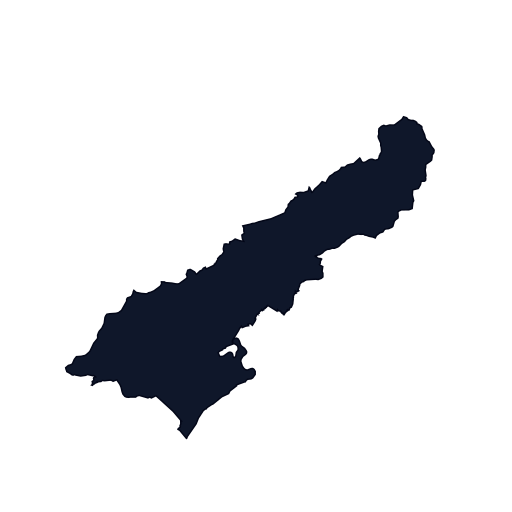 Comana, Brasov, Romania, rotated 298°
{"feature_id": "2599482B70960517450841", "entity_name": "Comana", "entity_type": "district", "adm_level": 2, "iso_a3": "ROU", "parent_name": "Romania", "parent_adm1": "Brasov", "projection": "orthographic", "projection_center": [25.274, 45.907], "detail": "fine", "context": "isolated", "style": "filled", "palette": "ink", "viewbox_px": 512, "rotation_deg": 298, "n_neighbors": 0, "source": "geoboundaries", "source_scale": "gbopen_adm2", "svg_char_len": 6090}
<svg xmlns="http://www.w3.org/2000/svg" viewBox="0 0 512 512"><g transform="rotate(298 256 256)"><path d="M139.9,305.6L141.5,305.7L143.2,306.4L145.2,309.3L146.8,310.3L151.0,310.9L153.7,309.5L154.9,307.6L155.1,306.5L155.0,305.6L154.2,304.5L151.1,301.8L150.7,299.9L151.0,298.2L152.3,295.6L155.7,292.1L157.6,291.3L161.2,291.5L164.2,292.9L165.5,293.2L166.9,292.8L167.8,291.7L169.1,289.2L169.6,285.6L170.1,284.4L173.1,281.2L174.4,279.2L174.4,277.5L173.2,275.9L171.8,275.2L169.9,275.3L169.1,275.9L168.4,276.9L168.3,280.5L168.0,281.6L167.7,282.3L166.3,283.5L164.5,284.3L161.7,283.9L158.0,285.2L156.1,284.6L155.9,284.0L156.3,283.1L158.4,281.4L159.1,280.1L159.1,278.9L158.7,277.9L157.8,277.0L152.7,274.5L151.6,273.5L150.3,271.1L152.9,267.9L154.8,268.5L157.5,270.5L158.6,270.4L160.3,272.2L162.1,272.2L167.6,277.1L169.0,275.3L171.4,274.7L172.7,275.0L182.0,275.6L184.0,275.5L187.2,276.0L186.3,277.4L189.2,279.8L191.0,282.2L191.9,280.9L193.7,282.9L193.1,285.3L198.4,285.7L200.3,285.4L200.5,284.4L204.5,284.3L205.2,284.4L205.3,285.0L205.6,284.5L206.5,284.9L207.0,285.6L207.5,285.1L210.0,285.8L210.7,286.5L211.0,286.4L210.8,286.8L211.1,287.0L211.0,287.3L211.9,287.3L212.0,288.1L213.6,287.9L213.9,288.6L215.0,288.9L215.1,288.6L215.6,289.2L216.7,289.0L216.8,289.5L217.9,289.7L217.2,300.5L218.7,300.3L218.3,301.0L218.3,302.1L219.0,303.6L218.3,304.3L217.7,305.8L218.2,306.6L217.2,307.5L217.2,308.1L217.8,307.9L217.9,308.4L218.2,308.4L218.3,307.9L218.7,307.8L219.6,308.6L221.5,308.9L222.0,309.4L222.8,309.4L222.8,308.9L223.1,308.8L223.5,308.9L223.8,309.6L223.5,310.0L223.9,310.1L223.9,310.5L226.3,310.3L227.4,311.2L230.9,310.9L235.7,309.0L236.2,308.4L236.9,308.5L238.2,307.8L240.8,307.7L241.6,308.6L241.7,307.5L242.0,308.2L242.8,308.5L242.4,307.7L243.6,307.2L243.3,308.2L243.4,308.8L245.4,310.1L245.6,309.3L246.7,308.8L250.3,308.4L252.0,307.8L254.5,308.7L255.9,310.1L257.3,310.4L257.8,311.2L258.6,311.6L263.6,319.7L264.4,321.9L266.9,324.1L268.9,324.9L272.2,323.1L273.4,321.6L278.0,319.9L277.9,317.2L278.3,316.0L279.9,316.1L281.5,315.3L284.1,315.4L284.2,314.6L283.3,312.4L283.2,311.3L283.5,308.4L283.9,308.2L284.5,308.8L284.7,309.6L285.5,309.7L287.0,311.5L289.9,313.2L292.5,314.0L295.2,315.7L296.7,317.9L298.6,319.5L299.7,321.7L302.4,324.0L303.8,324.7L307.4,325.7L310.2,327.3L313.2,328.0L316.2,329.9L317.9,330.5L320.2,332.3L323.2,335.6L324.4,338.5L325.7,340.7L325.6,342.4L326.1,343.6L326.5,346.6L327.7,350.5L327.9,352.8L330.6,352.7L334.4,354.4L336.8,356.7L339.9,357.0L341.0,358.1L342.3,360.1L345.1,362.4L346.4,362.9L351.6,361.8L353.7,362.3L356.0,363.5L357.4,363.1L361.4,360.6L362.6,360.9L365.0,362.7L368.6,369.3L371.2,371.6L377.0,369.3L378.8,369.3L383.3,365.4L387.7,363.4L388.2,363.6L391.8,367.6L396.2,367.7L399.5,366.8L401.2,369.7L402.3,370.2L403.8,369.7L405.4,368.5L406.4,368.5L407.1,368.1L411.4,364.9L413.9,364.2L416.5,362.9L421.6,365.5L423.2,366.0L426.3,364.9L427.6,364.1L430.6,364.5L433.0,363.6L433.6,363.0L435.1,359.6L438.1,355.2L438.0,353.7L438.4,352.1L439.6,350.1L442.1,348.0L446.4,342.6L447.8,341.9L448.2,341.3L448.6,337.9L448.3,335.8L449.4,335.3L449.7,333.4L449.5,331.1L448.5,329.3L447.9,326.3L448.8,324.1L448.2,320.9L445.2,320.7L437.0,316.9L436.2,316.1L434.4,312.5L431.9,309.9L431.6,309.3L431.4,307.5L429.4,305.9L426.2,304.8L423.6,305.8L421.2,307.3L419.1,307.6L417.7,308.7L414.2,313.2L412.2,314.2L410.7,315.6L407.4,317.7L406.2,318.0L404.7,317.7L403.8,318.1L402.9,317.8L400.2,318.5L398.6,318.5L396.5,316.3L396.0,313.1L395.2,311.8L394.1,310.7L390.4,308.6L388.9,306.9L388.9,305.0L390.7,302.6L391.2,301.6L383.4,298.9L381.4,296.3L379.2,294.0L376.2,292.9L374.3,289.8L372.7,289.8L370.5,289.2L368.3,287.8L366.7,286.4L364.3,285.5L360.9,283.6L356.9,283.3L353.3,283.4L352.7,279.5L348.6,278.6L342.9,276.5L338.6,275.9L338.3,275.4L339.2,274.4L340.3,272.6L341.3,271.6L341.6,270.7L338.0,271.6L334.4,268.3L332.9,265.0L331.1,262.8L330.5,262.4L329.4,262.0L329.3,264.0L328.6,265.0L327.4,264.8L326.1,262.9L324.4,262.9L321.9,262.0L321.2,261.2L318.0,260.8L316.8,260.3L314.3,261.3L310.8,260.7L307.6,261.2L296.0,251.9L287.6,242.5L284.3,239.5L283.0,237.5L281.2,235.8L276.4,230.2L275.0,232.1L272.2,233.6L270.5,235.1L268.1,233.7L267.7,233.8L264.7,236.0L263.2,238.3L261.9,234.6L261.2,229.6L258.0,228.1L256.0,226.2L254.3,227.1L253.4,226.0L252.6,223.8L251.5,222.4L247.0,223.7L245.7,224.7L245.1,225.5L244.1,225.7L241.1,225.4L239.3,224.3L235.7,223.4L235.0,224.0L232.6,223.7L231.4,224.1L230.4,223.4L229.6,223.7L229.2,223.1L228.1,223.3L221.0,218.0L222.3,216.6L220.6,215.3L218.0,214.9L216.6,213.6L211.9,212.1L212.0,211.4L213.1,209.3L213.3,204.4L213.0,203.9L211.4,202.4L208.1,203.1L207.2,203.0L205.3,205.1L203.9,205.3L195.4,201.1L194.5,199.9L193.8,198.4L192.5,194.3L189.7,187.9L190.2,187.5L188.8,184.6L187.0,185.7L184.5,185.7L177.4,182.3L174.7,180.2L173.0,178.3L172.1,177.9L171.1,176.9L169.2,172.5L167.6,167.3L168.3,164.3L166.8,164.4L164.8,165.0L161.6,164.9L158.7,162.2L157.1,162.1L155.4,163.0L144.8,162.8L141.4,161.2L139.6,159.2L136.3,153.9L134.6,151.7L132.7,151.4L130.9,151.5L125.2,153.6L119.9,153.8L116.0,152.9L114.5,152.9L111.7,153.3L109.5,154.6L108.4,154.8L102.9,153.7L94.4,154.1L92.7,153.8L89.0,152.4L87.8,151.6L85.4,148.8L82.8,144.7L79.3,144.1L74.6,144.5L73.0,143.5L71.3,141.7L68.0,140.4L66.3,141.9L65.9,142.7L65.1,143.2L65.1,146.8L64.7,149.5L65.2,150.7L66.2,151.5L66.2,152.5L67.7,157.5L70.7,161.6L72.3,162.9L73.6,167.9L74.2,168.5L74.3,170.3L74.0,171.2L72.8,169.9L71.8,169.9L70.6,171.0L69.5,170.9L68.3,170.3L67.4,171.1L65.6,171.8L64.9,171.5L65.0,172.3L66.4,172.6L67.0,173.2L70.2,174.5L69.6,174.9L71.1,176.0L72.4,178.0L73.9,178.6L74.8,180.9L78.0,185.6L78.5,187.6L78.3,188.6L81.3,191.2L78.6,196.3L76.6,198.7L73.3,201.5L71.6,203.4L70.5,206.1L70.6,207.7L71.4,209.8L72.5,211.3L75.0,216.0L76.4,216.5L78.1,218.3L80.0,227.2L81.7,228.5L81.5,230.2L85.7,233.3L80.0,255.7L75.3,267.5L75.0,267.0L72.5,268.4L70.2,268.7L69.9,269.3L69.3,269.5L67.2,268.4L66.3,268.5L66.3,270.5L62.3,280.2L62.7,280.4L64.3,280.1L79.7,281.9L85.9,281.2L94.7,282.0L97.2,283.1L97.5,283.7L99.3,284.0L104.1,286.6L105.0,287.4L115.7,291.9L121.7,296.4L124.5,296.3L132.3,299.8L133.0,299.2L139.8,305.3L139.9,305.6Z" fill="#0f172a" stroke="#020617" stroke-width="1.5"/></g></svg>